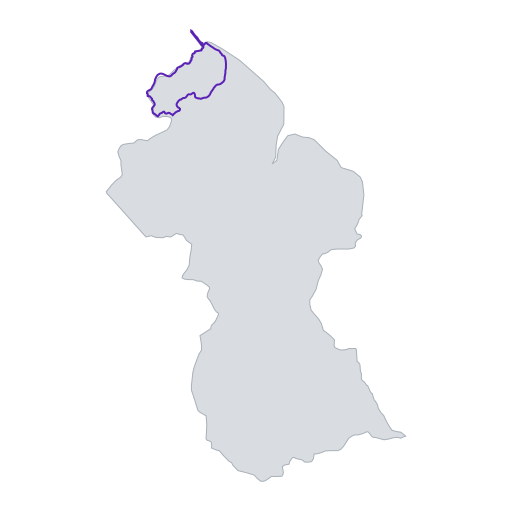 I-1 Barima, Barima-Waini, Guyana (highlighted)
{"feature_id": "73187651B60550575754674", "entity_name": "I-1 Barima", "entity_type": "district", "adm_level": 2, "iso_a3": "GUY", "parent_name": "Guyana", "parent_adm1": "Barima-Waini", "projection": "mercator", "projection_center": [-60.025, 7.862], "detail": "fine", "context": "in_parent", "style": "outline", "palette": "violet", "viewbox_px": 512, "rotation_deg": 0, "n_neighbors": 0, "source": "geoboundaries", "source_scale": "gbopen_adm2", "svg_char_len": 8423}
<svg xmlns="http://www.w3.org/2000/svg" viewBox="0 0 512 512"><path d="M145.9,236.9L133.0,222.5L120.0,207.9L107.2,193.7L106.3,191.7L111.7,184.9L116.5,180.0L120.5,177.3L122.3,174.8L120.9,164.3L121.0,160.6L119.1,156.5L117.8,151.9L119.4,148.0L121.3,145.4L123.8,144.3L129.7,143.4L134.0,143.0L135.5,141.5L137.9,139.7L141.1,139.6L147.4,140.8L150.2,138.5L155.4,135.4L167.1,129.9L169.7,126.4L171.5,120.9L171.3,118.4L170.1,117.4L167.2,116.5L162.8,116.4L159.3,117.8L155.6,117.0L152.5,113.6L152.4,110.8L154.2,106.9L153.1,104.3L147.3,95.9L147.3,93.6L151.6,89.9L154.0,86.7L157.2,79.1L159.8,76.6L168.0,75.7L170.0,74.1L174.2,70.0L180.3,65.4L189.2,61.8L191.7,55.1L193.3,53.3L200.4,49.8L201.6,47.9L201.4,46.2L190.1,31.2L192.3,32.3L201.1,42.0L206.0,44.2L207.0,44.2L207.1,41.7L211.5,42.7L223.1,49.4L239.9,60.5L263.6,81.4L270.4,89.3L274.9,93.0L282.0,102.1L284.0,106.6L283.8,124.2L277.6,136.2L276.1,145.2L275.7,157.1L272.1,164.0L276.9,160.3L278.4,149.5L282.5,142.9L287.8,135.7L294.9,134.0L302.6,137.1L308.8,137.6L314.2,139.7L325.8,151.2L337.1,160.3L341.2,167.6L353.2,171.3L360.2,177.0L362.5,182.0L363.9,195.0L361.6,214.7L362.2,215.6L359.0,219.5L358.4,222.0L356.3,226.3L354.7,228.7L357.1,234.1L359.8,234.4L360.8,235.1L361.5,236.1L361.3,237.3L360.3,238.3L357.7,239.6L355.2,242.8L355.5,246.2L353.9,248.0L349.0,249.0L339.3,249.0L334.5,249.2L330.7,249.8L328.3,252.0L325.1,253.6L322.6,253.9L320.4,256.5L318.2,260.2L318.9,262.7L321.2,266.1L322.5,269.5L320.8,275.1L318.8,279.4L317.7,282.7L316.2,289.0L312.5,295.9L309.8,299.9L309.8,304.2L311.2,310.3L318.8,319.2L321.3,323.4L323.3,330.2L330.2,335.6L334.5,339.9L334.1,345.6L334.7,347.4L337.4,348.8L340.6,350.0L344.2,349.9L347.4,349.4L348.2,348.6L355.6,348.5L356.4,349.9L356.9,358.1L357.2,361.5L358.9,362.8L360.0,364.9L360.1,366.7L360.4,371.3L361.5,373.7L361.3,378.7L362.1,380.5L364.1,381.7L366.7,385.2L367.7,385.7L368.2,386.9L370.4,391.9L371.6,393.4L372.3,393.6L372.7,395.4L374.3,400.1L375.4,401.2L377.5,404.7L378.3,408.4L381.0,412.7L383.8,415.6L385.1,418.7L388.7,425.5L392.1,430.3L396.8,431.6L400.8,432.2L403.2,434.1L405.7,436.1L403.1,437.0L400.7,438.2L397.5,437.3L393.0,437.8L388.4,439.1L384.1,439.8L376.0,437.6L373.5,437.4L371.8,436.4L368.5,432.2L366.9,431.7L362.6,433.7L357.3,435.0L354.8,434.8L351.7,436.2L348.9,438.1L343.6,446.3L340.8,449.3L337.9,450.6L331.9,450.6L325.6,450.9L320.8,452.8L316.4,453.9L314.2,454.0L313.4,458.5L312.4,460.6L311.0,461.8L307.6,462.2L304.5,462.0L302.6,460.1L299.1,459.2L296.0,458.5L294.0,457.4L292.4,457.7L291.0,459.6L289.9,461.2L289.0,464.2L284.3,465.1L282.3,466.8L283.4,472.3L282.9,474.5L281.9,476.2L276.2,476.5L271.4,476.4L268.6,478.5L265.1,480.8L263.0,481.3L260.5,481.1L257.2,478.4L254.1,475.0L246.0,472.6L238.0,470.6L232.8,465.2L231.6,462.6L229.1,461.4L222.9,455.0L219.5,450.9L215.8,449.8L211.5,448.0L211.7,445.0L211.4,442.2L209.5,441.0L207.0,440.2L206.0,438.6L206.3,434.8L206.8,425.1L206.1,415.8L200.4,412.6L197.9,410.4L193.6,396.6L191.5,390.4L191.4,385.8L192.9,372.1L194.5,366.1L198.9,354.2L201.5,350.2L201.6,347.2L201.3,343.3L200.0,335.6L207.5,330.8L210.7,328.8L211.3,325.5L215.3,321.4L217.1,317.5L218.5,314.5L218.1,312.9L216.4,311.9L214.3,309.0L210.0,300.6L208.4,298.9L207.1,296.5L207.8,292.8L209.5,288.8L209.3,287.1L206.7,284.9L201.3,281.3L196.9,281.0L193.5,279.7L188.4,279.6L184.4,279.1L182.1,277.8L182.6,275.6L183.6,273.9L187.0,269.6L189.2,265.1L189.5,260.7L190.2,254.9L191.2,249.9L191.7,244.2L186.4,240.4L184.7,237.3L182.5,234.6L180.1,234.6L176.4,233.4L170.7,237.0L166.2,236.4L163.1,237.7L156.0,237.5L151.4,235.7L145.9,236.9Z" fill="#d9dde1" stroke="#a8b0b8" stroke-width="1"/><path d="M205.5,42.9L204.6,44.1L204.4,44.0L203.9,44.4L203.8,44.8L203.3,44.8L202.3,44.7L201.9,44.2L202.1,43.6L202.1,43.1L201.8,42.9L201.1,42.7L200.5,42.2L200.0,41.9L198.3,39.7L197.3,37.7L197.0,37.4L195.8,36.3L194.2,34.5L192.1,31.3L191.7,31.0L191.5,30.8L191.3,30.7L191.4,32.1L199.0,41.5L201.7,45.2L202.0,45.5L202.6,45.8L203.0,46.3L203.2,46.6L203.4,46.8L203.4,47.2L203.3,47.5L203.2,47.7L203.0,48.0L202.5,48.4L202.1,48.6L201.9,48.7L201.9,48.9L201.6,50.0L201.4,50.4L200.4,50.5L198.7,50.9L198.3,50.9L197.0,51.1L196.5,51.2L195.9,51.4L195.4,51.3L195.2,51.3L195.1,51.5L194.9,52.3L194.7,52.8L194.5,53.2L194.4,53.3L194.1,53.4L193.6,53.4L193.4,53.4L193.1,53.7L192.8,53.9L192.7,54.0L192.5,54.4L192.2,55.3L192.2,55.7L192.4,56.2L192.5,56.3L192.5,56.7L192.5,56.9L191.9,57.6L191.7,58.1L191.6,58.6L191.5,59.5L191.5,59.8L191.4,60.1L191.2,60.2L190.3,61.9L189.8,62.7L189.6,63.0L189.4,63.2L188.8,63.6L188.1,63.7L187.8,63.8L187.2,63.7L186.5,63.6L185.8,63.2L185.4,63.1L184.7,63.3L184.0,63.6L183.5,64.0L183.2,64.4L182.9,65.0L182.5,65.2L182.3,65.4L182.1,65.6L181.4,66.1L180.9,66.4L180.7,66.4L180.3,66.6L179.7,67.0L179.3,67.2L179.1,67.2L178.9,67.2L178.0,67.5L177.8,67.6L177.6,67.7L177.3,68.0L177.2,68.2L177.1,69.0L176.7,69.8L176.4,70.1L176.1,70.8L175.6,71.6L175.1,72.3L174.6,72.8L173.6,73.4L172.4,74.3L171.1,75.7L170.5,76.1L169.9,76.3L169.3,76.4L168.7,76.3L167.9,76.1L167.3,76.0L166.7,75.7L166.0,75.4L165.4,75.1L162.9,73.9L161.7,73.6L160.9,73.6L160.2,73.6L159.5,73.9L158.8,74.2L158.2,74.6L157.6,75.0L157.1,75.6L156.3,76.9L156.0,77.5L155.7,78.2L155.1,79.4L154.8,81.5L154.6,82.1L154.4,82.7L153.8,84.2L153.4,84.9L152.8,85.9L152.5,86.4L151.7,88.1L151.3,88.8L150.7,89.4L150.2,89.7L149.2,90.2L148.6,90.5L147.9,91.0L147.4,91.4L147.0,92.0L146.9,92.8L147.0,93.4L147.6,93.9L147.8,94.5L147.6,95.3L147.7,96.0L148.5,96.1L149.1,96.1L149.7,96.3L150.1,96.7L150.7,97.3L151.1,97.8L151.6,98.3L152.0,98.8L152.0,99.7L152.3,100.3L152.9,100.6L153.4,101.2L154.1,102.6L154.5,103.2L154.6,103.8L154.7,104.6L154.5,105.2L153.5,106.3L152.8,107.2L152.1,108.2L152.0,108.9L152.1,109.5L152.3,110.0L152.6,110.7L152.7,111.4L152.6,112.0L152.9,112.7L153.4,113.0L153.7,113.6L154.3,113.7L154.8,114.0L155.3,114.4L155.8,114.9L156.3,115.3L157.0,115.7L157.3,116.2L157.9,116.3L158.3,115.8L158.7,115.4L159.1,114.8L159.5,114.1L159.9,113.7L160.4,113.4L161.8,112.9L162.4,112.5L162.9,112.0L163.5,111.7L164.2,111.8L164.7,112.4L165.0,113.1L165.5,113.4L166.2,113.6L166.9,113.5L167.7,113.1L168.4,112.9L168.9,112.8L169.6,113.0L170.1,113.3L170.8,113.9L171.4,114.2L172.2,114.6L172.8,115.2L173.1,114.8L173.4,114.4L173.8,113.9L174.3,113.6L174.7,113.3L175.1,112.8L175.4,112.4L175.9,112.2L176.6,111.8L177.1,111.5L177.7,111.1L178.4,111.0L179.0,110.9L179.5,110.5L179.8,110.1L180.0,109.5L180.0,108.9L179.6,108.5L179.2,108.0L178.7,107.7L178.2,107.5L177.7,107.0L177.3,106.5L176.9,106.0L176.7,105.4L176.6,104.7L176.6,104.1L176.9,103.4L177.2,102.9L177.5,102.3L177.9,101.9L178.3,101.3L178.6,100.8L179.1,100.4L179.6,100.0L180.0,99.7L180.5,99.5L181.1,99.5L181.6,99.0L182.1,98.7L182.7,98.3L183.3,98.0L184.0,98.0L184.5,98.0L185.2,97.7L185.7,97.4L186.1,97.0L186.5,96.5L187.0,95.9L187.4,95.3L187.7,94.9L188.2,94.5L188.7,94.3L189.4,94.3L190.0,94.4L190.5,94.4L191.0,94.3L191.5,94.0L191.9,93.7L192.4,93.3L192.9,93.0L193.4,92.8L194.0,92.9L194.4,93.4L194.7,94.0L194.8,94.5L195.0,95.0L195.0,95.6L195.0,96.2L195.1,96.8L195.4,97.3L195.9,97.6L196.4,97.8L196.9,98.0L197.5,98.3L198.0,98.3L198.5,98.4L199.1,98.4L199.9,98.6L200.4,98.8L201.0,98.7L201.7,98.6L202.1,98.3L202.8,98.1L203.3,98.0L203.8,97.8L204.4,97.7L205.1,97.7L205.8,97.6L206.4,97.5L206.9,97.3L207.4,96.9L207.8,96.7L208.3,96.4L208.7,96.0L209.1,95.6L209.5,95.1L209.8,94.7L210.1,94.2L210.3,93.8L210.5,93.1L210.8,92.6L211.1,92.1L211.4,91.5L212.1,90.7L212.4,90.3L212.7,89.7L213.2,89.1L213.5,88.6L213.8,87.9L214.3,87.3L214.8,86.8L215.2,86.3L215.7,85.7L216.0,85.4L216.7,84.9L217.4,84.6L218.0,84.6L218.5,84.5L219.0,84.4L219.5,84.3L220.1,84.1L220.6,83.9L221.2,83.4L221.7,83.1L222.2,82.6L222.8,82.1L223.3,81.7L223.7,81.2L224.1,80.5L224.4,79.9L224.6,79.4L224.6,78.9L224.6,78.3L224.6,77.7L224.6,77.1L224.8,76.5L224.9,75.7L225.0,75.2L225.1,74.7L225.2,74.0L225.3,73.4L225.4,72.7L225.4,72.0L225.4,71.4L225.4,70.7L225.5,70.0L225.7,69.4L225.8,68.7L226.0,68.1L225.9,67.5L225.9,66.9L225.9,66.2L225.9,65.6L226.0,65.0L226.0,64.2L225.9,63.5L225.9,62.8L225.9,62.1L225.8,61.5L225.7,60.8L225.6,60.2L225.5,59.6L225.4,59.1L225.2,58.3L225.1,57.5L224.8,57.1L224.5,56.6L224.2,56.1L223.8,55.8L223.1,55.6L222.6,55.4L222.1,55.1L221.8,54.6L221.6,54.1L221.3,53.6L220.9,53.2L220.5,52.9L220.1,52.3L219.8,51.6L219.4,51.1L219.0,50.7L218.5,50.4L217.8,50.2L217.2,50.0L216.7,49.8L216.1,49.6L215.7,49.3L215.0,49.0L214.4,48.6L214.0,48.3L213.5,48.0L213.0,47.6L212.5,47.2L212.1,47.0L211.6,46.8L211.0,46.3L210.3,45.9L209.8,45.5L209.3,45.1L208.8,44.7L208.2,44.4L207.7,44.0L207.3,43.5L206.9,43.2L206.4,42.9L205.8,42.8L205.5,42.9Z" fill="none" stroke="#5b21b6" stroke-width="2"/></svg>